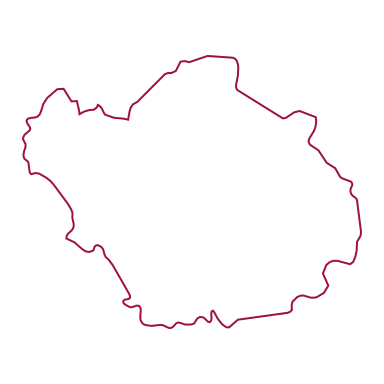 an SVG outline of Aube
{"feature_id": "FRA-5270", "entity_name": "Aube", "entity_type": "Metropolitan department", "adm_level": 1, "iso_a3": "FRA", "parent_name": "France", "parent_adm1": "", "projection": "albers", "projection_center": [4.051, 48.317], "detail": "fine", "context": "isolated", "style": "outline", "palette": "rose", "viewbox_px": 384, "rotation_deg": 0, "n_neighbors": 0, "source": "natural_earth", "source_scale": "10m", "svg_char_len": 2664}
<svg xmlns="http://www.w3.org/2000/svg" viewBox="0 0 384 384"><path d="M207.4,56.0L232.7,57.7L235.0,58.7L236.8,60.8L238.0,64.5L238.3,68.1L237.9,75.5L235.9,85.9L236.3,88.3L237.6,90.2L282.9,118.4L285.8,117.9L294.3,112.3L299.6,111.0L315.8,117.2L316.2,121.8L315.6,126.3L314.2,130.5L309.1,138.9L308.5,141.7L310.0,144.7L318.4,150.3L326.7,162.8L335.2,168.2L340.1,176.8L341.8,178.2L350.6,181.5L351.6,182.3L352.2,183.7L352.2,185.4L350.8,188.2L350.4,189.9L350.6,192.3L351.4,194.3L352.7,195.8L355.5,197.8L356.4,198.8L357.0,200.2L361.0,231.8L360.8,234.6L360.1,236.6L357.3,241.4L357.0,242.6L356.7,250.4L355.4,256.6L353.2,261.9L350.1,264.2L337.3,260.8L333.5,260.8L329.9,262.0L326.4,264.9L322.9,273.4L328.3,285.7L323.8,293.0L317.2,296.9L314.7,297.7L311.0,297.7L303.4,295.5L300.4,295.7L297.2,297.1L292.6,301.6L291.7,304.7L291.7,307.5L292.0,309.6L290.6,311.5L287.7,312.8L237.9,319.7L229.2,327.3L226.5,327.3L224.4,326.0L221.6,323.7L217.6,318.5L214.2,312.1L213.0,310.7L211.7,311.4L211.3,313.0L211.3,315.1L211.5,317.2L211.4,319.4L210.8,321.2L209.5,322.2L207.7,321.5L205.3,319.0L203.1,317.3L199.9,317.0L197.7,318.2L196.3,320.0L195.2,321.9L194.0,323.5L192.0,324.3L189.8,324.6L184.9,324.5L180.3,322.9L178.3,322.5L176.3,323.2L173.2,326.6L171.3,327.9L169.3,328.0L167.3,327.3L163.6,325.5L162.2,325.1L160.4,324.9L151.5,325.9L145.3,325.0L143.2,324.0L141.6,322.2L140.4,319.2L140.3,316.5L140.8,309.5L140.2,307.4L139.1,305.9L136.5,305.6L132.1,307.2L130.0,307.2L125.3,304.7L123.7,303.3L123.2,301.6L123.4,300.8L124.6,299.7L128.5,299.0L130.0,297.8L130.0,295.9L129.0,293.6L112.7,265.1L108.7,259.8L105.6,256.9L104.4,254.2L103.8,251.7L103.0,249.1L101.2,246.8L97.6,245.1L95.5,245.7L94.4,247.2L93.9,249.2L93.0,250.7L88.9,252.0L85.7,251.4L81.8,248.8L74.7,242.5L66.4,238.5L66.6,236.1L67.8,234.0L71.9,230.1L73.2,228.1L73.7,226.0L73.7,223.9L72.5,218.7L72.3,217.0L72.5,214.4L72.3,212.1L70.8,208.7L68.0,204.0L53.2,184.0L50.3,180.9L46.4,177.8L39.3,173.7L35.4,173.0L31.4,174.2L30.0,173.0L29.2,169.4L29.0,166.5L28.2,161.9L24.2,158.5L23.4,155.3L24.1,151.3L25.5,147.0L25.6,145.5L25.5,144.1L23.0,139.1L23.4,136.9L24.7,134.6L29.6,130.5L30.3,128.6L30.0,127.5L27.5,123.6L26.5,121.4L27.0,119.6L28.2,118.6L31.8,117.7L34.6,117.6L37.4,116.7L39.7,114.5L41.4,110.3L43.2,104.2L47.1,98.0L57.3,89.2L63.6,88.8L71.5,101.4L76.9,101.1L79.2,111.1L79.5,114.2L83.9,111.7L88.8,110.2L93.5,109.7L94.5,109.3L95.8,108.3L96.9,107.1L97.4,106.3L97.9,104.9L99.0,105.5L100.3,106.8L101.3,107.6L104.1,113.2L105.2,114.7L114.1,117.8L124.1,118.7L128.1,119.7L129.6,111.3L130.8,107.5L132.9,104.4L137.3,101.9L164.9,74.2L167.7,73.1L171.3,73.0L175.8,71.0L180.6,61.6L185.0,61.1L189.2,62.2L207.4,56.0Z" fill="none" stroke="#9f1239" stroke-width="2"/></svg>